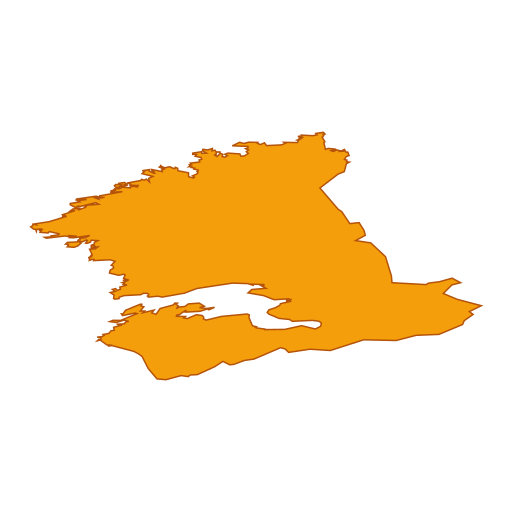 the district of Fræna nor, Møre og Romsdal, Norway
{"feature_id": "86288312B12375056094040", "entity_name": "Fræna nor", "entity_type": "district", "adm_level": 2, "iso_a3": "NOR", "parent_name": "Norway", "parent_adm1": "Møre og Romsdal", "projection": "equal_earth", "projection_center": [7.135, 62.879], "detail": "fine", "context": "isolated", "style": "filled", "palette": "amber", "viewbox_px": 512, "rotation_deg": 0, "n_neighbors": 0, "source": "geoboundaries", "source_scale": "gbopen_adm2", "svg_char_len": 6021}
<svg xmlns="http://www.w3.org/2000/svg" viewBox="0 0 512 512"><path d="M349.1,155.5L347.8,152.1L346.0,152.1L344.4,149.4L341.8,150.7L344.6,151.1L339.7,151.4L340.3,150.8L336.7,149.9L333.5,151.5L331.1,150.7L336.1,149.2L328.3,148.4L325.4,149.3L323.9,142.6L324.9,141.8L322.2,137.2L323.8,135.6L323.1,134.4L325.0,134.0L323.3,132.3L315.8,133.4L316.9,134.9L312.6,135.7L301.6,135.1L302.2,135.9L297.9,136.4L301.8,137.6L298.5,138.4L300.4,138.9L297.1,140.1L298.6,140.6L297.3,142.6L283.9,142.3L285.4,143.3L281.3,144.9L266.5,145.6L264.5,142.8L260.3,144.6L257.3,143.2L257.8,142.4L248.7,142.2L243.7,143.5L239.7,142.3L232.3,145.8L247.9,146.4L248.2,147.7L245.6,148.7L248.5,149.9L246.3,151.7L248.3,153.4L244.7,155.8L240.9,156.3L239.9,153.9L227.8,153.1L224.8,154.3L227.4,155.7L224.9,157.2L222.2,156.5L222.7,154.3L220.2,153.2L217.1,156.5L214.1,154.7L216.1,154.8L216.2,152.2L220.8,152.0L216.1,151.9L215.0,150.2L211.9,150.8L212.4,148.5L207.7,149.9L202.9,149.3L202.5,150.7L206.5,153.1L201.7,153.4L201.6,151.7L192.7,153.1L192.7,154.4L196.6,154.5L195.2,156.3L201.1,157.5L201.7,159.4L199.1,160.0L199.7,162.0L190.3,163.1L191.5,164.6L189.4,164.8L190.2,165.8L188.9,166.7L191.7,166.6L191.3,167.5L194.6,168.2L193.9,169.1L198.1,170.0L197.0,171.6L198.0,171.8L197.5,173.7L192.5,175.8L194.5,177.2L193.5,178.0L188.6,176.7L188.5,172.8L177.9,170.7L177.7,168.3L175.3,167.3L174.9,168.6L173.0,168.2L169.6,166.7L164.9,167.8L161.5,166.5L160.4,164.8L160.9,166.0L159.3,167.1L164.0,169.1L161.7,169.9L162.3,171.6L150.7,169.3L153.1,170.3L153.7,171.3L152.7,171.3L154.7,173.2L153.8,173.3L148.9,170.8L149.3,169.6L142.2,170.7L144.6,171.2L142.1,173.7L152.9,176.4L148.7,178.4L149.5,182.0L146.4,179.1L144.1,180.2L141.6,179.3L140.7,180.5L127.1,183.0L130.7,184.2L130.1,185.2L138.2,185.5L137.3,187.0L135.4,186.7L135.9,185.9L130.2,186.9L130.3,187.9L123.2,187.2L123.0,186.3L127.7,185.2L123.4,185.0L126.7,184.2L124.7,182.5L119.0,183.2L118.1,184.4L122.5,184.8L115.8,184.5L114.4,185.7L115.4,187.1L119.8,187.6L119.2,186.8L121.5,185.3L121.1,186.3L122.5,186.3L122.0,187.4L119.4,188.8L114.6,188.8L113.7,189.7L116.1,190.1L111.8,190.7L112.8,191.4L110.0,192.2L122.4,191.7L99.8,195.8L99.9,197.3L104.6,197.3L98.0,198.4L98.5,199.1L95.1,197.9L98.9,196.9L96.0,196.2L76.6,199.0L76.2,199.7L80.5,199.3L86.7,199.5L77.7,200.7L79.7,201.9L70.2,203.5L70.3,204.8L75.2,207.4L78.5,206.6L77.5,205.9L80.4,206.4L95.9,202.6L98.8,204.3L85.1,205.3L83.7,206.1L86.6,206.0L85.2,207.5L79.2,209.7L77.8,209.9L80.5,208.1L72.9,209.0L70.2,211.0L75.0,210.7L62.8,214.6L64.3,215.3L62.0,216.1L66.7,216.3L49.0,221.7L35.3,223.8L36.3,224.8L32.9,224.1L32.8,225.6L30.7,226.8L33.7,229.2L36.5,229.4L36.0,230.8L36.4,231.5L36.6,229.4L41.0,228.9L41.9,229.3L38.8,230.5L41.3,230.5L40.1,232.3L48.1,233.0L49.4,231.6L59.1,233.8L58.7,234.8L51.1,235.9L51.7,236.9L44.6,237.3L46.3,238.2L65.0,236.0L71.2,236.8L69.7,235.6L76.9,236.2L68.4,237.6L73.7,237.8L89.7,235.5L84.8,237.9L79.6,238.1L80.2,239.8L78.3,239.9L77.4,241.9L67.4,242.4L65.6,244.1L69.0,244.5L67.6,244.8L68.4,245.8L67.3,246.8L74.0,247.3L77.7,246.0L81.0,243.2L78.6,241.4L82.0,241.9L86.6,239.9L87.4,240.6L85.6,243.1L87.3,243.3L90.5,242.1L91.2,240.2L97.8,240.6L94.4,242.4L94.0,244.7L93.1,244.7L94.6,245.9L91.2,245.5L91.3,247.8L97.8,246.9L95.3,248.9L89.6,249.2L92.0,254.4L90.9,255.7L91.9,255.7L91.5,256.7L88.2,257.7L89.6,257.9L89.3,260.4L92.1,259.4L94.0,259.4L93.6,260.6L110.2,259.8L115.0,261.3L111.2,265.3L112.9,265.8L113.7,267.8L110.1,270.3L109.5,273.1L118.7,275.3L123.8,274.2L125.1,275.0L123.6,278.3L127.0,279.5L122.8,280.3L128.7,280.2L122.4,282.6L124.4,283.0L123.2,284.3L127.1,285.0L119.8,287.1L120.4,289.3L117.2,290.4L115.7,288.6L112.4,289.4L115.3,291.4L110.2,292.5L114.1,295.1L113.6,298.4L114.8,299.2L119.1,298.6L119.0,297.3L124.1,295.6L140.7,294.7L143.5,293.3L147.7,293.4L148.8,294.8L147.4,296.1L148.4,297.1L157.9,296.2L162.2,297.1L184.3,293.2L196.8,288.5L232.5,283.1L247.7,283.6L253.8,285.5L252.1,284.2L263.8,284.5L264.0,285.5L261.3,285.7L265.9,288.3L251.8,289.5L248.0,292.9L263.6,295.6L274.1,299.7L288.7,298.8L290.1,299.5L286.6,300.3L286.7,301.5L290.3,299.9L289.5,301.3L291.4,301.2L280.4,303.7L279.8,305.3L275.4,307.7L269.0,309.8L267.2,312.4L268.8,314.1L279.0,318.4L289.6,319.5L292.3,321.3L312.3,320.4L318.9,321.2L321.4,323.0L320.6,326.3L315.4,329.0L301.6,325.7L284.8,329.4L263.9,329.6L265.7,329.2L256.3,327.9L255.5,327.4L256.4,326.8L252.4,325.7L248.9,317.4L249.3,314.9L247.1,314.0L221.6,316.4L206.1,320.1L203.4,318.9L203.7,317.2L202.1,315.5L196.4,314.7L187.2,318.6L183.7,317.9L185.4,316.5L176.4,316.3L176.9,314.9L179.3,314.7L185.4,310.5L186.2,311.1L185.2,312.0L186.4,312.1L200.1,311.3L207.2,309.0L208.9,309.8L214.6,307.3L206.5,308.5L199.5,307.6L204.3,306.2L199.2,303.1L188.4,303.9L184.8,306.5L179.1,307.0L176.4,308.6L178.3,305.9L175.9,304.2L177.3,303.2L175.0,303.0L173.2,305.0L160.1,308.5L156.1,314.3L151.8,312.9L154.0,310.1L142.8,312.8L144.6,311.0L140.3,311.0L143.8,306.8L140.9,305.9L141.8,304.3L140.3,304.2L125.5,310.3L122.9,313.9L121.4,313.9L122.5,315.6L135.2,313.0L137.1,313.6L120.7,320.4L113.1,320.3L109.8,321.6L116.0,322.5L124.4,320.1L128.8,321.5L126.0,321.8L124.2,323.6L125.1,323.8L116.6,324.2L121.9,325.1L113.6,327.3L114.3,330.3L111.0,330.8L108.8,333.4L103.1,334.5L104.1,335.4L101.8,336.7L97.1,337.1L100.7,337.5L101.0,339.2L98.7,339.4L97.3,340.8L100.1,340.0L106.7,344.8L109.9,345.1L107.8,346.1L112.0,345.6L133.9,351.4L138.3,353.7L142.1,356.5L148.2,368.5L157.0,378.9L165.9,379.7L181.1,375.6L188.2,376.6L190.2,375.0L197.4,374.6L214.7,366.7L222.9,361.4L229.8,364.8L233.7,364.4L244.6,360.4L253.9,359.1L280.6,347.7L285.2,349.0L288.6,352.4L310.0,349.2L330.3,350.5L363.6,339.8L396.1,340.5L416.2,335.3L438.9,334.4L462.6,324.5L464.2,320.7L473.1,314.4L469.3,311.6L481.3,305.7L457.1,299.3L443.3,293.5L451.9,284.9L460.6,282.7L452.1,278.2L439.6,281.7L428.5,283.1L426.1,284.6L392.0,282.7L391.4,275.8L385.5,256.7L370.8,242.9L355.6,240.6L365.3,235.3L364.0,230.4L359.1,222.6L349.8,223.6L341.8,211.7L338.2,209.3L319.9,188.0L338.1,174.1L344.3,171.6L346.4,163.7L349.3,162.1L346.5,161.8L346.9,160.1L344.4,159.5L346.2,156.6L349.1,155.5Z" fill="#f59e0b" stroke="#b45309" stroke-width="1.5"/></svg>